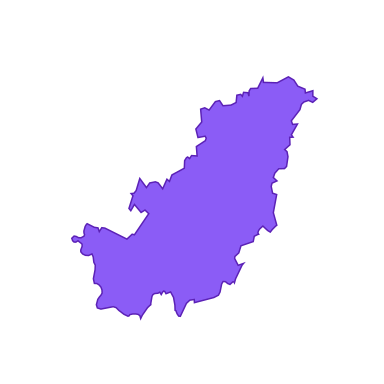 SVG path tracing the border of Liege, rotated 114°
{"feature_id": "BEL-3481", "entity_name": "Liege", "entity_type": "Province", "adm_level": 1, "iso_a3": "BEL", "parent_name": "Belgium", "parent_adm1": "", "projection": "natural_earth1", "projection_center": [5.813, 50.464], "detail": "fine", "context": "isolated", "style": "filled", "palette": "violet", "viewbox_px": 384, "rotation_deg": 114, "n_neighbors": 0, "source": "natural_earth", "source_scale": "10m", "svg_char_len": 2730}
<svg xmlns="http://www.w3.org/2000/svg" viewBox="0 0 384 384"><g transform="rotate(114 192 192)"><path d="M266.9,275.6L264.5,275.3L263.6,274.9L264.0,266.8L263.8,266.2L263.0,263.3L265.9,260.6L261.3,259.9L260.4,256.9L261.5,232.3L254.9,229.5L254.5,227.2L229.4,222.7L227.6,227.6L231.4,230.2L226.8,239.5L234.0,240.3L232.7,242.9L219.5,244.4L218.2,247.0L216.8,244.5L213.4,243.6L200.9,245.2L206.5,235.4L200.9,234.3L197.6,229.6L197.4,226.7L201.0,220.1L190.5,220.1L191.5,216.9L184.6,217.3L173.4,208.7L166.3,211.5L162.9,211.0L161.8,210.2L162.4,207.8L158.9,207.2L157.0,202.0L148.7,206.5L139.7,200.7L137.0,200.9L135.7,202.7L139.8,208.7L132.9,214.1L124.1,211.6L112.8,217.8L109.9,214.6L110.2,209.7L99.9,207.4L97.3,204.0L100.6,198.8L96.8,191.8L92.3,188.1L85.3,190.4L83.0,187.2L84.1,184.9L80.0,185.4L78.5,181.2L81.3,179.0L76.4,180.9L73.6,180.5L70.5,174.2L58.9,173.7L62.8,171.3L57.6,158.6L47.6,150.8L48.3,144.5L52.3,138.4L52.1,130.6L55.4,128.7L50.3,122.8L55.3,120.6L56.0,115.8L61.0,118.2L60.9,122.8L64.3,126.4L67.4,127.7L72.9,126.9L86.6,130.2L89.3,127.6L87.0,123.3L99.3,124.5L100.8,122.0L102.3,125.0L109.0,121.7L115.5,124.6L116.5,121.6L120.7,118.7L130.2,116.0L133.0,117.0L135.5,122.2L141.1,124.0L145.7,123.6L147.3,118.9L151.4,122.5L154.7,121.9L160.3,117.9L159.9,113.6L177.8,109.3L187.9,101.0L189.1,101.7L193.6,103.4L196.8,104.2L196.4,107.3L194.3,113.4L198.1,115.1L200.3,115.5L202.5,115.2L203.5,113.9L204.0,114.6L207.1,117.1L212.4,115.9L221.2,125.4L228.6,124.5L233.5,126.6L235.4,126.0L240.2,120.0L236.3,115.9L238.5,116.5L253.5,116.9L257.7,116.3L257.3,116.8L257.2,117.3L257.2,117.7L257.5,118.2L261.0,119.7L261.1,122.2L260.3,125.0L261.1,127.2L263.9,127.5L272.0,125.7L275.5,125.9L279.5,129.1L292.1,144.8L289.3,146.2L291.7,150.0L296.0,151.8L310.3,152.1L310.8,153.7L309.3,156.1L307.0,158.4L307.0,159.3L302.3,161.6L295.8,166.0L292.0,170.9L295.5,174.4L293.9,176.5L294.1,177.7L295.8,178.2L298.2,178.4L296.6,180.7L298.3,181.9L300.0,184.9L301.7,186.0L303.7,186.1L310.7,184.3L311.2,184.0L311.7,183.8L312.2,184.0L312.6,184.3L315.8,185.6L324.8,187.3L328.5,187.4L326.2,189.3L325.7,191.4L326.3,193.8L327.5,196.5L329.3,198.9L330.7,199.1L331.5,200.0L331.4,204.4L329.9,210.7L328.5,214.2L328.8,217.3L336.0,227.6L336.2,229.3L336.4,231.3L333.9,233.5L328.4,234.4L325.6,233.9L323.2,233.2L320.9,233.0L318.1,234.4L316.0,236.4L314.7,239.0L314.3,241.6L315.2,244.0L311.4,246.8L302.5,248.9L298.2,250.6L296.1,253.1L291.4,255.9L289.3,258.2L292.1,260.7L293.2,263.7L293.1,266.7L291.9,269.2L290.3,270.0L286.2,270.3L284.4,271.2L284.0,272.1L283.3,275.0L282.9,276.3L285.0,277.7L285.7,279.4L285.1,281.2L283.2,283.0L280.2,281.8L279.7,279.7L279.9,277.2L279.0,274.8L276.3,272.7L274.7,272.8L273.4,274.0L271.6,274.9L266.9,275.6Z" fill="#8b5cf6" stroke="#5b21b6" stroke-width="1.5"/></g></svg>